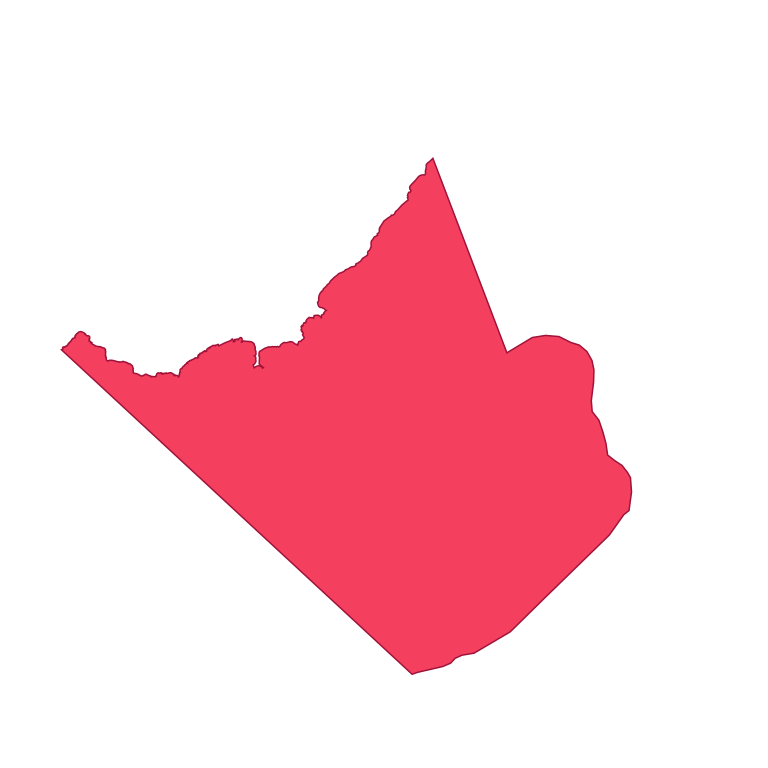 the district of Ngersuul, Airai, Palau, rotated 220°
{"feature_id": "81905179B1106200869758", "entity_name": "Ngersuul", "entity_type": "district", "adm_level": 2, "iso_a3": "PLW", "parent_name": "Palau", "parent_adm1": "Airai", "projection": "albers", "projection_center": [134.596, 7.428], "detail": "fine", "context": "isolated", "style": "filled", "palette": "rose", "viewbox_px": 768, "rotation_deg": 220, "n_neighbors": 0, "source": "geoboundaries", "source_scale": "gbopen_adm2", "svg_char_len": 6159}
<svg xmlns="http://www.w3.org/2000/svg" viewBox="0 0 768 768"><g transform="rotate(220 384 384)"><path d="M491.6,588.3L492.2,583.0L492.6,582.0L492.7,579.7L492.4,578.7L491.3,577.6L490.2,575.9L489.4,574.1L487.2,571.4L487.2,570.2L488.2,569.6L489.7,568.1L490.6,566.4L490.9,564.5L490.8,560.6L491.2,555.2L491.2,552.3L490.8,551.2L489.3,549.8L487.6,549.7L487.6,548.8L487.2,547.6L488.3,546.7L487.3,543.5L486.0,543.1L485.9,541.8L484.7,541.3L483.7,540.2L484.1,539.3L485.3,532.9L485.5,526.2L486.0,523.4L485.2,520.9L485.9,518.7L486.9,518.1L486.7,516.5L487.7,513.6L488.8,508.8L487.7,500.5L487.0,499.9L486.9,499.1L485.9,498.4L485.3,496.8L485.7,494.6L484.5,493.8L486.0,490.1L485.6,488.1L485.6,485.7L484.9,484.1L482.3,481.2L481.1,477.5L481.5,475.4L481.1,474.3L480.1,473.2L479.5,471.8L481.1,466.7L481.1,465.1L480.8,463.0L481.4,461.6L481.5,460.1L482.4,458.8L482.7,457.7L482.0,456.9L481.9,455.8L482.7,454.5L484.4,452.6L485.6,448.9L486.9,446.8L487.0,444.7L487.6,443.2L489.7,439.4L489.9,436.8L490.6,434.1L491.2,428.6L490.7,425.9L491.3,423.5L491.0,422.0L491.6,418.0L490.9,416.3L491.4,415.1L491.2,412.0L490.7,410.4L489.5,408.1L487.6,405.8L487.3,403.7L485.3,402.2L483.7,401.5L482.1,401.6L480.3,402.8L479.3,402.8L478.9,403.2L477.1,403.1L475.5,403.3L475.9,401.8L475.8,399.7L475.1,399.2L476.1,396.7L475.5,395.7L474.9,395.4L474.8,394.4L475.8,394.9L477.8,394.6L478.9,394.2L481.5,391.6L481.3,390.9L480.8,390.5L480.3,389.2L481.0,389.2L483.7,387.0L484.2,386.9L484.6,384.0L484.4,382.6L483.9,382.1L484.0,381.7L483.3,380.6L484.6,379.7L484.3,377.6L483.7,376.8L483.8,376.2L484.5,375.9L484.3,374.8L483.9,375.0L484.1,374.5L482.4,373.1L482.4,372.2L481.2,371.5L480.6,371.9L480.2,371.8L480.0,371.2L478.3,371.0L478.1,369.5L477.2,368.9L475.0,368.4L474.9,367.7L474.5,366.8L475.1,365.5L475.2,363.1L475.9,362.6L476.6,361.5L475.1,358.4L475.7,358.1L476.2,358.4L477.2,357.7L478.1,357.5L479.8,357.5L481.8,357.1L483.1,356.1L485.4,352.8L487.1,351.7L487.6,350.9L488.2,348.8L488.3,347.0L487.8,345.5L488.5,344.8L489.6,344.4L490.2,343.2L490.8,343.2L492.8,341.3L493.4,341.1L495.0,339.1L496.1,338.5L498.3,334.7L500.2,328.9L499.8,327.7L497.8,325.1L496.6,324.5L492.5,319.1L491.2,318.9L487.0,319.1L487.2,318.1L488.9,318.5L491.2,317.8L492.1,317.0L493.2,315.3L493.8,313.0L496.4,314.4L496.1,316.3L496.3,318.0L496.8,319.3L498.4,320.6L498.8,321.6L499.9,322.1L501.4,322.2L500.9,323.2L501.1,324.4L503.5,327.0L504.6,327.2L505.7,328.9L507.1,330.0L508.6,330.4L508.7,330.9L509.8,331.4L511.6,331.3L513.5,330.7L517.7,327.6L519.1,326.9L519.8,326.0L519.6,324.8L520.2,324.5L520.3,325.4L521.4,327.0L521.9,327.5L523.0,327.8L523.9,327.2L524.4,324.8L524.1,324.3L524.2,324.0L525.3,324.1L527.0,322.0L526.2,320.9L525.7,321.1L525.7,320.6L526.4,319.6L526.9,320.3L527.4,320.2L528.9,321.1L529.5,320.1L529.3,318.8L532.3,313.4L535.0,307.1L536.3,307.8L537.0,307.1L537.0,306.7L538.1,305.2L538.0,304.6L538.9,304.4L539.8,303.6L540.8,300.8L540.4,300.1L541.0,299.5L541.4,299.7L541.5,299.5L541.2,298.9L541.5,298.5L541.4,298.1L541.8,298.1L542.0,297.6L541.7,295.9L541.1,295.4L541.1,295.0L541.8,294.0L542.2,294.5L542.7,294.3L543.4,292.0L543.1,291.2L543.6,291.0L543.9,290.1L544.6,289.3L544.6,288.6L543.9,288.1L543.9,287.7L544.7,287.5L544.9,287.1L544.8,286.8L544.4,286.6L544.6,285.9L544.2,285.3L543.4,285.3L543.5,284.0L545.3,282.9L546.2,279.9L546.7,279.3L547.0,277.8L547.6,277.6L547.9,276.9L547.8,276.1L548.4,275.3L548.3,274.6L548.6,274.0L548.5,273.5L548.2,273.4L548.7,273.2L548.5,272.5L548.9,270.4L548.6,269.8L549.2,268.5L549.0,266.6L548.7,266.1L549.3,265.6L549.4,263.8L548.4,262.8L548.2,262.1L547.7,262.0L547.9,261.5L547.6,260.9L547.0,260.4L547.1,259.9L546.8,259.4L546.5,259.3L545.8,257.5L546.0,257.3L546.3,257.7L547.6,257.7L549.3,256.7L549.5,255.8L549.7,255.7L550.4,255.6L550.4,256.2L550.7,256.0L551.2,256.4L553.1,255.8L553.4,256.0L554.5,255.7L555.7,254.6L555.9,254.0L556.8,252.7L557.7,252.7L558.0,252.4L558.0,251.7L557.7,251.6L558.5,251.6L559.0,250.8L559.4,250.8L559.8,250.3L559.4,250.1L559.6,249.7L560.3,249.2L560.8,249.6L561.1,249.4L561.3,249.2L561.0,249.1L561.2,248.8L562.0,249.3L562.5,248.8L562.7,248.1L563.6,247.8L564.3,247.2L564.6,245.6L564.2,245.1L564.1,244.0L563.5,243.2L564.2,242.6L564.5,242.0L566.7,240.6L566.6,240.1L568.2,240.0L569.1,239.5L572.6,238.6L573.1,238.0L573.5,236.4L573.9,236.0L573.8,235.6L574.3,235.3L574.5,234.5L575.3,234.0L575.7,234.1L575.9,233.8L578.2,233.6L578.4,233.3L580.2,232.9L582.0,231.8L583.4,231.4L584.6,233.0L585.8,233.6L585.8,234.5L588.5,236.2L591.1,236.2L592.2,236.0L592.9,235.5L592.9,235.2L593.9,235.3L594.3,234.9L594.6,235.1L596.0,234.7L596.3,234.6L598.0,233.6L598.3,233.7L599.1,232.7L599.1,232.2L600.7,231.0L600.7,230.7L601.3,230.6L603.5,229.2L603.8,229.3L604.4,229.0L604.5,228.8L606.3,228.1L608.2,226.9L609.7,225.5L610.4,224.0L611.7,223.9L613.1,224.6L613.7,225.8L614.2,226.0L614.9,225.9L615.2,226.2L615.5,226.5L615.4,226.8L616.4,227.6L616.4,227.9L617.7,229.2L617.7,229.7L618.9,230.5L619.2,230.5L619.2,231.0L619.5,231.4L620.2,231.6L621.7,231.6L622.4,231.0L625.0,230.4L626.3,229.5L626.4,229.2L628.0,228.6L629.3,227.5L630.2,227.7L633.2,227.1L634.4,227.1L634.1,227.5L634.2,227.9L634.5,227.9L634.8,227.7L635.2,227.8L635.5,227.4L636.1,227.7L637.6,227.4L637.5,228.1L637.9,228.5L638.5,228.5L638.9,228.9L638.7,229.4L638.9,230.1L640.2,231.2L641.3,231.0L642.6,230.0L644.2,229.9L644.7,230.4L645.4,230.1L645.5,230.4L647.3,230.3L648.6,229.8L649.3,229.7L650.0,229.2L651.1,227.8L651.4,226.9L651.4,225.6L651.7,225.2L651.7,223.3L651.4,223.0L651.6,222.6L651.4,221.7L650.4,221.0L651.7,218.9L651.7,218.3L651.5,218.2L651.7,217.9L651.7,217.0L651.3,216.0L651.5,215.7L651.3,215.2L651.6,214.7L651.4,213.5L651.7,213.2L651.7,211.3L651.4,210.8L651.3,210.3L651.5,209.5L651.9,209.3L652.0,208.3L651.8,207.8L652.5,206.8L652.8,207.0L653.7,205.8L653.3,204.9L652.4,204.5L653.1,202.9L175.9,179.7L172.8,184.9L157.3,205.5L153.5,213.1L153.2,219.6L150.0,226.3L142.0,235.7L128.0,275.3L123.2,325.3L114.3,413.2L116.3,438.0L115.0,444.6L124.9,460.3L135.0,470.7L140.5,472.7L149.2,474.6L158.2,473.6L167.0,473.3L175.7,481.1L185.4,487.9L196.1,494.4L206.8,496.7L214.5,504.5L224.6,520.1L232.4,529.9L239.8,535.7L249.5,539.3L259.5,539.3L267.3,536.0L280.5,532.8L291.5,525.0L300.3,514.9L309.9,486.9L491.6,588.3Z" fill="#f43f5e" stroke="#9f1239" stroke-width="1.5"/></g></svg>